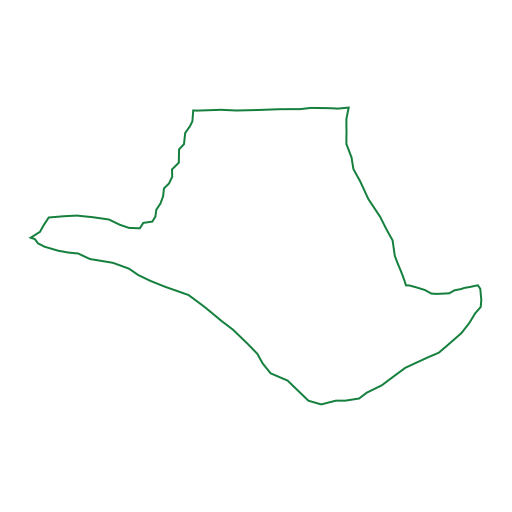 outline of Xylofagou, Cyprus
{"feature_id": "46923920B54731060528278", "entity_name": "Xylofagou", "entity_type": "district", "adm_level": 2, "iso_a3": "CYP", "parent_name": "Cyprus", "parent_adm1": "", "projection": "mercator", "projection_center": [33.851, 34.975], "detail": "fine", "context": "isolated", "style": "outline", "palette": "green", "viewbox_px": 512, "rotation_deg": 0, "n_neighbors": 0, "source": "geoboundaries", "source_scale": "gbopen_adm2", "svg_char_len": 1685}
<svg xmlns="http://www.w3.org/2000/svg" viewBox="0 0 512 512"><path d="M348.5,107.6L337.9,108.6L330.5,108.2L310.8,107.9L300.5,109.1L280.0,109.2L257.9,110.0L237.0,110.5L236.3,110.5L221.0,109.8L197.2,110.6L193.2,110.5L193.2,111.0L192.4,121.3L189.9,126.3L185.2,133.0L184.0,144.1L179.1,149.3L178.8,162.7L172.0,169.4L172.2,176.8L169.0,183.5L164.0,188.4L163.1,196.3L160.5,203.4L156.3,209.8L155.4,216.6L152.3,221.6L143.3,222.9L139.8,228.3L129.0,227.9L119.9,224.8L108.9,219.5L92.8,217.2L76.9,215.6L64.3,216.2L48.7,217.5L43.3,225.8L40.0,231.8L30.7,237.7L34.9,239.1L38.0,243.4L44.8,246.8L58.1,250.7L68.6,252.6L78.2,253.5L89.8,259.0L112.8,262.8L129.1,268.7L138.0,274.9L150.4,280.9L164.6,286.6L188.5,295.0L204.9,307.2L221.8,321.2L233.0,329.7L248.0,344.2L257.4,353.9L262.7,363.5L270.6,373.3L287.6,380.6L296.6,389.3L308.4,400.7L321.1,404.4L335.8,400.7L345.0,400.7L359.1,398.5L366.9,392.6L381.8,385.3L393.0,376.9L405.3,367.8L416.7,362.5L428.2,357.2L438.8,352.7L447.8,345.0L461.5,333.0L469.3,323.0L475.2,313.3L480.7,307.0L481.3,300.1L480.3,288.9L477.9,285.3L477.6,285.4L474.4,286.0L469.4,287.1L467.3,287.4L464.4,287.9L460.9,289.1L454.5,290.3L449.3,293.3L437.3,293.9L431.4,293.6L424.9,290.0L415.5,287.1L409.0,285.4L406.0,285.4L404.1,279.6L403.6,278.3L402.7,275.7L402.1,274.2L400.0,268.9L398.8,266.1L397.4,262.8L396.8,261.1L394.8,255.9L392.6,240.4L388.4,232.9L385.3,227.1L381.1,218.7L380.5,217.4L380.4,217.2L379.1,215.2L378.2,213.9L368.4,199.1L367.8,197.9L365.5,192.9L363.6,188.7L359.7,180.4L357.2,176.0L353.4,169.0L351.7,158.5L351.5,157.1L351.2,156.6L346.4,144.0L346.4,137.5L346.5,131.8L346.4,125.6L346.4,119.0L347.6,112.8L348.7,107.6L348.5,107.6Z" fill="none" stroke="#15803d" stroke-width="2"/></svg>